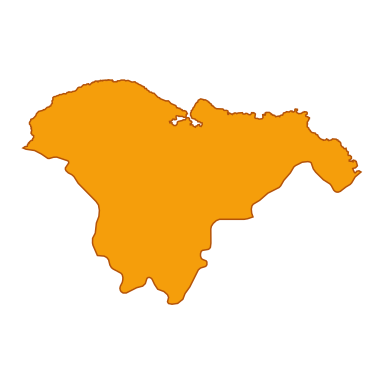 Luperon, Puerto Plata, Dominican Republic (Mercator projection)
{"feature_id": "3306468B16106454484671", "entity_name": "Luperon", "entity_type": "district", "adm_level": 2, "iso_a3": "DOM", "parent_name": "Dominican Republic", "parent_adm1": "Puerto Plata", "projection": "mercator", "projection_center": [-70.936, 19.84], "detail": "fine", "context": "isolated", "style": "filled", "palette": "amber", "viewbox_px": 384, "rotation_deg": 0, "n_neighbors": 0, "source": "geoboundaries", "source_scale": "gbopen_adm2", "svg_char_len": 5945}
<svg xmlns="http://www.w3.org/2000/svg" viewBox="0 0 384 384"><path d="M253.0,216.9L251.7,213.3L251.3,209.2L251.9,206.0L253.2,204.2L259.7,200.3L267.8,193.2L279.2,187.4L280.7,185.8L283.8,180.4L290.3,172.9L293.8,167.0L295.5,165.6L302.2,162.2L307.8,161.6L310.0,162.0L311.2,162.8L313.3,168.9L315.7,172.2L323.4,179.8L329.9,183.9L331.3,185.6L333.7,190.1L335.3,191.6L336.8,192.1L338.3,192.1L340.4,191.3L345.7,187.1L350.2,184.4L351.7,182.8L355.1,177.0L361.0,172.0L359.0,170.8L356.8,171.2L355.5,172.8L354.9,172.8L354.0,171.8L352.7,168.5L355.5,167.8L357.4,165.8L356.2,161.4L355.5,161.4L354.9,160.4L353.3,160.4L353.0,161.8L352.1,161.4L352.4,160.7L351.1,161.4L349.2,161.1L349.2,160.1L349.9,160.1L350.2,159.4L351.4,158.7L351.4,156.7L349.9,155.4L348.3,155.4L348.0,154.7L348.3,152.0L347.0,151.3L346.1,149.3L346.1,148.3L344.2,148.7L342.9,147.0L342.3,147.0L341.0,145.3L340.7,142.9L339.4,141.3L338.5,141.3L337.8,139.9L336.9,139.9L336.3,139.2L332.5,138.9L331.5,139.9L328.7,140.6L328.1,140.3L328.1,139.6L326.5,138.9L325.8,139.9L323.3,140.3L323.0,139.6L322.1,139.6L320.2,138.6L318.3,136.6L317.6,134.9L316.0,134.5L315.4,133.2L311.9,132.5L310.4,131.2L310.4,130.5L309.1,129.5L308.8,128.2L307.2,126.8L307.2,123.8L307.5,123.8L307.2,122.1L308.5,120.4L308.8,119.1L309.4,118.8L309.4,117.7L308.2,117.4L307.8,116.7L305.9,116.4L305.6,115.1L307.2,114.0L307.2,112.7L306.6,112.0L304.4,111.7L304.4,112.0L302.5,112.4L301.5,113.4L298.7,113.7L296.5,112.4L296.5,111.0L297.4,110.4L297.4,109.3L295.5,109.0L294.9,109.3L294.9,111.0L293.6,112.0L292.0,111.7L292.0,111.0L290.5,111.0L289.2,112.0L286.4,111.7L285.7,112.4L283.5,113.0L282.6,115.1L281.3,115.1L280.0,115.7L279.7,116.7L278.5,116.1L275.6,116.7L274.7,115.4L273.4,115.4L273.4,115.1L272.5,115.1L272.1,114.4L271.2,114.4L271.2,113.7L269.3,112.4L266.1,112.4L265.2,113.0L265.2,114.0L265.5,114.0L265.2,115.1L264.2,115.1L263.9,114.4L262.7,114.7L263.0,117.7L262.0,118.8L258.9,119.1L257.6,118.4L255.7,118.4L254.8,117.7L255.4,114.0L254.4,113.0L253.2,113.0L253.2,112.7L251.6,112.7L251.6,113.4L250.3,114.7L249.1,114.7L246.9,113.4L245.6,113.4L245.0,114.0L243.1,114.0L242.4,112.7L238.0,113.0L236.8,113.7L235.8,113.0L234.2,113.0L233.9,113.7L232.0,114.0L232.0,114.4L229.5,113.0L228.9,113.4L228.5,114.4L227.9,114.4L227.6,112.7L228.2,112.4L227.9,111.0L226.7,110.4L224.1,110.4L222.9,109.0L216.5,108.7L214.6,107.7L213.1,106.0L212.4,106.0L212.1,105.3L211.5,105.3L211.2,104.0L209.9,103.3L209.3,102.3L208.6,102.3L208.0,101.3L205.5,99.9L203.6,99.9L203.6,99.6L200.7,98.9L198.2,100.3L197.6,102.3L197.0,102.3L195.7,103.6L194.1,107.0L193.2,107.7L192.5,109.7L191.3,110.7L191.3,112.0L190.6,113.0L190.6,115.7L191.3,116.1L191.6,117.7L192.2,118.4L195.1,119.1L195.4,119.8L197.6,120.8L197.9,121.8L199.8,121.8L200.7,122.8L202.0,122.8L202.3,124.4L201.1,126.5L199.8,126.1L199.5,124.5L197.9,124.8L197.3,125.8L196.0,126.1L195.4,127.2L193.2,126.1L192.9,125.1L192.2,124.8L190.3,124.8L190.3,123.8L191.3,123.5L191.9,122.1L191.3,121.1L190.6,121.1L189.4,119.8L189.4,118.4L188.4,117.7L186.5,117.7L185.3,119.8L183.1,119.8L182.7,120.4L178.3,121.4L177.4,122.1L177.1,124.1L175.8,125.5L173.9,125.5L172.0,123.8L172.0,122.8L169.8,122.8L169.5,121.4L171.4,121.1L172.0,120.1L172.6,120.1L172.9,119.1L174.2,119.1L174.8,119.8L176.4,119.4L176.4,118.4L175.8,118.1L176.1,118.1L176.1,116.1L176.7,115.7L179.0,116.1L179.0,116.4L182.4,116.4L184.0,117.4L185.6,117.1L186.2,116.1L186.2,114.7L186.8,114.4L186.8,113.4L187.2,113.4L186.2,111.4L184.6,110.7L182.7,110.7L182.1,110.4L182.1,109.7L180.2,109.0L179.9,108.3L178.3,108.3L177.7,107.7L176.7,107.7L175.8,105.6L171.1,103.6L168.5,100.9L165.7,100.9L160.0,98.6L159.7,97.9L157.8,97.2L154.0,93.2L152.4,93.2L151.5,92.2L150.2,92.2L148.9,91.5L148.9,90.9L147.0,89.9L146.4,88.5L144.8,88.5L144.2,86.8L143.3,86.8L142.9,86.2L141.4,85.8L141.0,85.2L138.2,84.1L137.9,83.5L136.0,82.8L135.0,81.8L131.9,82.1L128.1,80.4L125.6,80.8L124.6,80.1L121.1,80.1L119.6,80.8L117.7,80.8L117.3,81.5L116.4,81.5L116.4,81.8L113.6,81.8L112.9,81.5L112.9,80.8L112.3,80.8L112.3,80.1L108.8,80.1L108.8,79.8L107.9,79.8L107.2,80.4L106.0,80.4L106.0,80.1L102.5,80.4L102.5,80.8L100.6,80.4L100.6,80.8L97.8,81.1L97.8,81.8L96.5,81.1L95.2,81.1L94.3,82.1L93.0,82.1L92.7,82.8L91.8,82.8L89.9,84.8L88.9,84.5L88.6,83.8L86.7,84.1L86.1,84.8L83.5,84.8L81.0,87.2L79.1,87.2L77.9,87.8L76.3,90.2L74.7,91.2L72.5,91.5L71.5,92.2L69.0,91.9L69.0,92.2L67.1,92.5L65.9,93.9L63.6,93.6L61.4,94.6L59.5,94.6L58.3,95.6L57.3,95.6L55.4,96.6L54.2,96.6L52.9,97.6L52.9,99.9L52.0,100.9L52.3,103.3L51.3,104.3L50.7,106.0L49.4,106.3L49.1,107.0L47.2,107.3L44.7,109.7L43.4,109.7L42.8,110.4L38.7,111.4L36.5,113.7L35.8,115.7L33.3,118.4L30.8,119.4L30.8,120.4L29.5,122.4L29.5,124.1L30.5,125.1L30.8,126.8L31.4,127.2L31.1,128.5L31.4,128.5L31.7,130.8L31.1,132.2L31.4,132.5L31.1,133.5L31.7,133.9L32.1,134.9L33.6,135.6L33.6,137.6L32.7,138.6L32.4,140.3L31.4,140.3L29.5,141.9L29.2,142.9L28.6,142.9L28.6,143.6L27.6,144.3L27.3,146.3L25.1,146.6L23.0,148.0L25.9,149.2L34.6,150.5L41.4,154.0L47.8,158.4L49.2,158.5L53.7,157.2L56.8,157.1L67.8,160.8L68.6,161.7L68.7,163.0L65.4,167.9L65.4,169.4L66.0,170.7L68.3,172.9L71.7,174.6L73.9,176.5L78.2,183.3L96.0,201.4L98.5,205.0L99.4,210.3L98.9,216.4L96.4,223.0L95.3,233.1L92.6,238.3L92.5,243.0L93.0,245.3L97.4,255.5L104.1,256.1L106.8,257.5L108.6,259.8L109.9,265.0L111.4,267.6L113.1,269.0L120.8,273.1L122.2,274.6L122.9,277.5L122.8,279.9L122.3,282.3L120.4,286.1L119.9,288.3L120.4,290.5L121.2,291.7L123.1,293.0L126.2,293.0L136.7,287.7L142.7,286.1L145.3,283.6L146.9,278.5L147.9,277.6L149.3,277.4L150.6,277.8L152.1,279.2L154.6,284.5L157.7,289.2L163.9,291.5L167.5,294.7L168.6,297.4L167.5,301.8L168.5,303.5L172.0,304.2L177.7,303.4L182.9,299.2L185.0,293.6L189.8,286.9L198.3,269.9L200.5,268.0L205.1,266.6L206.2,265.9L206.9,264.7L206.9,262.0L206.2,260.9L202.3,259.3L201.3,258.3L200.5,256.1L200.5,253.7L201.2,251.4L202.4,250.4L208.2,249.4L209.5,248.6L210.4,247.3L210.9,243.1L210.8,228.9L211.4,226.2L213.2,223.4L216.3,220.6L219.5,219.3L244.2,219.3L247.7,218.7L253.0,216.9Z" fill="#f59e0b" stroke="#b45309" stroke-width="1.5"/></svg>